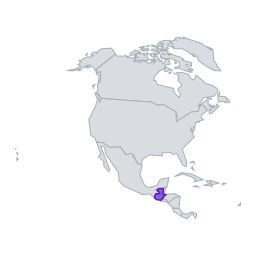 Guatemala highlighted on a map of North America
{"feature_id": "GTM", "entity_name": "Guatemala", "entity_type": "country or territory", "adm_level": 0, "iso_a3": "GTM", "parent_name": "North America", "parent_adm1": "", "projection": "orthographic", "projection_center": [-90.227, 15.776], "detail": "fine", "context": "in_parent", "style": "filled", "palette": "violet", "viewbox_px": 256, "rotation_deg": 0, "n_neighbors": 17, "source": "natural_earth", "source_scale": "50m", "svg_char_len": 9528}
<svg xmlns="http://www.w3.org/2000/svg" viewBox="0 0 256 256"><path d="M101.3,98.4L98.7,94.3L96.5,92.9L98.0,89.4L97.3,84.4L100.4,81.1L100.6,71.8L97.0,72.9L96.2,69.3L115.5,53.9L116.9,56.0L124.1,56.1L126.0,55.1L126.3,57.1L128.4,56.2L127.4,57.5L130.4,57.2L134.9,59.5L135.6,60.5L133.7,61.2L135.2,61.8L139.2,61.7L139.7,62.8L141.3,62.1L140.6,61.2L141.6,60.7L143.7,60.6L147.9,63.0L151.3,62.9L151.4,61.8L152.4,61.5L153.9,62.1L153.7,63.8L156.1,60.7L154.1,58.9L154.5,57.1L155.8,55.9L157.8,56.9L159.0,58.8L158.1,59.7L159.9,60.0L159.9,61.8L161.3,60.4L162.6,61.5L162.4,62.9L163.5,64.1L165.2,61.2L165.0,59.3L167.9,59.6L169.5,60.4L169.2,62.2L170.2,64.0L165.4,65.2L163.9,68.6L159.7,70.9L154.6,76.2L153.6,80.3L155.8,80.7L157.0,84.4L173.5,88.4L174.3,92.7L179.0,97.3L180.7,94.1L177.7,89.3L182.0,84.9L177.8,80.2L179.0,77.9L176.5,72.9L182.0,72.3L188.7,74.6L191.0,78.8L194.0,80.1L196.0,75.2L204.1,81.6L204.3,83.0L212.7,85.7L216.7,88.2L218.3,90.7L213.9,96.2L203.4,97.7L197.7,106.8L206.6,99.7L208.6,100.7L207.6,102.5L210.4,106.8L213.2,107.7L216.1,107.0L216.7,104.0L219.1,106.4L211.1,113.7L209.6,113.7L208.8,111.6L211.4,109.1L206.4,110.2L203.6,105.5L200.7,104.9L198.1,111.4L191.5,111.9L177.2,121.3L175.6,120.6L177.3,116.4L175.9,111.9L163.9,104.8L157.5,105.2L151.6,102.1L101.3,98.4ZM168.7,73.0L169.5,72.1L171.3,72.0L170.0,73.6L168.7,73.0ZM169.2,54.3L167.9,53.0L172.2,54.1L170.3,54.2L169.2,54.3ZM174.8,74.4L174.1,72.9L175.1,73.3L174.8,74.4ZM157.7,51.2L157.2,51.8L155.3,51.2L156.9,50.2L157.7,51.2ZM158.0,47.5L156.5,47.5L156.5,47.1L157.7,47.1L158.0,47.5ZM155.6,45.6L157.2,46.3L155.9,47.0L155.6,45.6ZM168.1,51.1L158.6,51.4L157.7,49.2L155.7,48.6L159.4,48.6L161.0,50.3L166.8,50.0L168.1,51.1ZM147.1,46.1L148.6,46.4L146.2,46.5L147.1,46.1ZM148.6,45.2L149.3,45.6L147.5,45.7L148.6,45.2ZM219.5,92.5L219.6,96.3L225.4,96.6L225.9,98.4L226.8,97.8L229.0,100.4L229.4,102.6L227.5,102.6L226.2,100.4L225.4,102.8L223.1,101.2L218.2,102.2L217.6,94.4L219.5,92.5ZM165.5,66.7L171.3,69.9L173.3,70.3L169.3,69.7L166.5,71.9L164.2,71.0L165.5,66.7ZM168.7,55.5L170.9,54.3L180.6,57.2L183.7,59.3L182.4,60.2L191.4,62.6L191.5,66.2L186.9,64.1L185.7,64.5L186.1,65.5L192.5,69.3L192.9,70.7L187.3,69.2L192.3,72.3L188.5,71.9L179.2,68.1L174.8,68.6L175.2,67.2L179.7,66.6L179.7,63.1L178.4,61.8L171.3,58.6L161.8,58.5L161.0,57.9L161.9,57.1L160.6,57.1L160.3,55.5L161.8,53.4L163.8,53.0L163.4,54.0L164.2,54.9L166.7,52.9L168.6,54.5L168.7,55.5ZM155.5,53.5L158.5,52.5L160.0,52.9L155.6,55.7L155.5,53.5ZM138.7,47.8L142.8,46.4L144.6,46.4L142.7,47.8L138.7,47.8ZM92.7,85.4L95.4,84.3L93.3,86.7L93.2,88.7L92.7,85.4ZM152.1,44.9L154.3,45.7L154.5,46.9L151.6,46.1L152.4,45.7L152.1,44.9ZM99.6,99.4L96.6,98.0L95.1,92.7L98.3,94.6L99.6,99.4ZM134.6,50.1L139.4,51.0L140.0,52.3L136.0,53.3L133.5,54.9L130.6,55.3L130.0,53.4L134.2,51.0L134.6,50.1ZM147.6,48.0L149.1,50.1L143.5,51.2L142.6,50.6L144.6,50.1L140.6,49.5L143.7,48.0L146.8,49.9L146.7,48.4L147.6,48.0ZM145.1,53.4L147.3,54.3L146.9,57.0L149.3,59.6L147.6,59.6L147.5,60.9L144.2,60.0L136.3,60.4L134.2,57.5L139.1,57.4L134.5,56.5L134.5,55.9L136.9,55.5L134.5,54.7L140.1,52.5L140.6,52.9L139.7,53.6L143.8,53.5L144.1,55.7L144.9,55.1L145.1,53.4ZM151.5,54.5L150.9,53.4L154.5,53.0L153.6,54.1L154.8,54.9L154.3,56.3L152.7,56.9L149.6,54.7L151.5,54.5ZM147.0,52.8L148.1,52.8L148.5,53.2L147.3,54.2L147.0,52.8ZM151.8,49.0L155.1,49.2L154.3,51.1L151.4,50.1L151.8,49.0ZM157.1,44.0L159.3,42.7L162.6,45.1L161.0,46.5L158.7,46.4L158.2,45.9L158.7,45.1L157.1,44.0ZM159.7,42.0L164.1,40.4L170.4,40.4L169.7,41.9L170.6,41.8L169.9,44.1L167.4,44.9L168.2,45.0L168.0,45.3L168.8,45.9L167.0,47.8L168.4,48.4L167.0,49.3L160.8,49.0L161.9,48.0L161.5,47.0L163.6,47.5L161.6,46.4L163.0,45.1L161.9,43.9L164.3,43.6L161.5,43.6L159.7,42.0ZM176.8,63.1L175.1,63.8L174.6,62.9L175.6,61.6L176.8,63.1ZM152.4,58.8L154.7,60.6L153.9,61.2L150.5,60.0L152.4,58.8ZM206.9,98.1L209.9,98.1L212.3,99.3L209.0,99.0L206.9,98.1ZM210.5,104.8L211.6,105.9L214.6,105.7L213.6,107.1L210.9,106.4L210.5,104.8Z" fill="#d9dde1" stroke="#a8b0b8" stroke-width="1"/><path d="M101.3,98.4L151.6,102.1L157.5,105.2L163.9,104.8L175.9,111.9L176.6,121.4L191.5,111.9L198.1,111.4L200.7,104.9L203.6,105.5L207.0,110.9L201.8,114.4L201.2,118.0L203.5,119.7L196.1,122.2L199.8,121.9L195.7,122.7L194.6,127.6L192.9,126.3L194.5,129.1L193.1,132.4L191.3,127.3L191.8,130.2L190.3,129.8L194.3,136.9L182.3,149.0L186.6,161.8L186.1,166.6L182.5,164.8L176.7,153.5L173.2,154.4L169.9,152.3L161.9,153.1L162.4,155.9L149.0,154.9L142.5,159.4L141.2,165.0L137.4,163.4L133.2,154.6L125.8,154.5L120.5,147.1L109.7,147.3L102.1,142.5L96.6,142.3L94.7,137.8L90.8,135.5L88.8,119.3L95.5,106.4L97.3,99.8L99.7,100.6L99.5,103.0L101.3,98.4ZM115.5,53.9L96.2,69.3L97.0,72.9L100.6,71.8L100.4,81.1L98.1,83.3L99.2,75.5L96.6,74.5L95.8,71.0L92.3,66.3L91.0,66.3L89.6,67.6L85.1,67.8L90.6,64.5L84.0,66.6L83.4,67.7L81.1,68.6L73.6,70.8L67.0,70.6L75.8,68.9L81.1,66.2L77.9,64.8L80.8,62.4L80.9,60.5L83.1,58.7L84.6,58.0L87.7,56.8L90.7,57.2L92.0,56.0L93.3,55.7L90.8,54.8L93.1,52.1L96.4,52.1L96.2,53.6L100.4,49.2L101.9,48.7L111.4,48.2L115.5,53.9ZM87.4,53.4L87.4,54.0L86.8,55.2L85.8,55.3L87.4,53.4ZM16.9,157.9L18.2,159.3L16.7,160.3L16.9,157.9ZM17.6,153.9L17.4,155.3L17.4,154.1L17.6,153.9ZM17.1,152.9L17.4,153.6L16.9,153.2L17.1,152.9ZM16.2,152.1L16.7,152.4L16.6,152.5L16.2,152.1ZM15.7,148.6L15.5,149.6L15.4,148.9L15.7,148.6ZM79.4,60.2L80.2,60.7L79.3,61.4L79.4,60.2ZM79.3,69.7L81.4,70.4L78.4,70.6L79.3,69.7Z" fill="#d9dde1" stroke="#a8b0b8" stroke-width="1"/><path d="M210.2,180.9L210.7,185.7L203.3,185.4L208.8,184.0L206.2,180.6L210.2,180.9Z" fill="#d9dde1" stroke="#a8b0b8" stroke-width="1"/><path d="M211.6,186.9L210.4,180.3L219.3,183.2L213.3,184.3L211.6,186.9Z" fill="#d9dde1" stroke="#a8b0b8" stroke-width="1"/><path d="M189.6,162.9L192.2,161.6L192.3,162.3L189.6,162.9ZM192.3,161.0L194.4,162.2L194.2,164.2L193.6,162.4L192.3,161.0ZM191.3,168.1L192.5,166.4L193.8,170.3L191.3,168.1Z" fill="#d9dde1" stroke="#a8b0b8" stroke-width="1"/><path d="M175.0,39.5L175.0,38.1L177.1,37.3L180.0,37.3L179.5,38.7L182.5,38.1L183.9,38.6L182.9,37.3L185.0,37.2L187.1,38.9L187.6,38.7L191.0,40.0L194.0,40.9L196.0,41.3L196.2,42.2L198.0,42.3L200.4,43.1L200.3,43.4L202.9,44.0L204.3,45.9L207.6,46.9L206.3,47.3L209.5,47.7L211.7,48.5L211.5,49.2L208.3,48.5L210.1,49.3L210.9,50.2L212.8,49.3L213.7,60.5L216.5,64.1L216.6,66.0L218.5,67.2L221.0,70.8L214.6,70.7L206.5,66.4L198.5,60.7L196.6,55.8L194.1,56.9L192.4,55.0L195.1,54.9L189.9,53.9L189.3,52.4L182.2,48.7L175.1,48.8L172.4,47.7L174.8,46.9L170.3,46.4L173.0,44.3L172.8,43.8L171.1,43.6L172.1,41.8L171.3,41.4L174.3,39.9L177.6,40.3L175.0,39.5Z" fill="#d9dde1" stroke="#a8b0b8" stroke-width="1"/><path d="M96.6,142.3L102.1,142.5L109.7,147.3L120.5,147.1L125.8,154.5L131.6,153.4L137.4,163.4L142.2,165.0L139.8,174.8L144.7,185.4L148.7,187.5L157.0,185.5L160.1,179.3L168.9,177.7L166.9,187.3L158.1,188.6L156.9,190.2L159.6,193.7L156.0,193.7L154.6,198.1L150.1,194.0L142.6,194.6L123.9,186.1L119.0,180.9L118.4,172.6L105.6,153.6L104.7,147.2L100.7,146.1L109.9,170.2L108.6,171.6L103.6,165.6L103.9,161.9L98.3,156.3L100.8,154.2L96.6,142.3Z" fill="#d9dde1" stroke="#a8b0b8" stroke-width="1"/><path d="M197.0,214.0L195.7,218.3L192.0,213.4L187.1,218.8L181.5,216.5L181.2,212.5L185.5,214.3L192.2,211.8L197.0,214.0Z" fill="#d9dde1" stroke="#a8b0b8" stroke-width="1"/><path d="M182.3,212.2L181.1,216.1L173.4,211.4L172.5,208.6L179.0,208.3L182.3,212.2Z" fill="#d9dde1" stroke="#a8b0b8" stroke-width="1"/><path d="M179.0,208.3L173.2,208.0L167.5,202.8L175.2,197.2L180.1,196.5L179.0,208.3Z" fill="#d9dde1" stroke="#a8b0b8" stroke-width="1"/><path d="M180.1,196.5L175.2,197.2L168.5,202.6L162.7,198.5L166.8,194.2L174.9,193.7L180.1,196.5Z" fill="#d9dde1" stroke="#a8b0b8" stroke-width="1"/><path d="M162.7,198.5L167.3,200.3L166.9,202.1L160.6,200.5L162.7,198.5Z" fill="#d9dde1" stroke="#a8b0b8" stroke-width="1"/><path d="M163.3,188.6L166.1,187.0L163.9,194.2L163.1,194.2L163.3,188.6Z" fill="#d9dde1" stroke="#a8b0b8" stroke-width="1"/><path d="M222.4,183.1L226.3,183.5L222.4,184.8L222.4,183.1Z" fill="#d9dde1" stroke="#a8b0b8" stroke-width="1"/><path d="M192.9,186.5L196.8,185.7L198.8,187.1L192.9,186.5Z" fill="#d9dde1" stroke="#a8b0b8" stroke-width="1"/><path d="M181.5,172.6L192.0,174.1L203.5,179.8L194.2,181.7L195.8,179.9L191.2,176.8L182.9,174.1L174.4,176.6L181.5,172.6Z" fill="#d9dde1" stroke="#a8b0b8" stroke-width="1"/><path d="M238.1,205.7L240.5,203.1L240.6,205.3L238.1,205.7Z" fill="#d9dde1" stroke="#a8b0b8" stroke-width="1"/><path d="M154.6,198.1L154.7,197.8L154.8,197.7L154.8,197.3L154.8,197.1L154.8,196.9L155.0,196.7L154.7,196.1L154.8,195.8L155.1,195.3L155.4,194.7L155.8,194.1L156.0,193.7L156.9,193.7L157.5,193.7L158.2,193.7L158.9,193.7L159.4,193.7L159.7,193.7L159.6,193.4L159.6,193.1L159.7,192.9L159.7,192.7L159.3,192.5L159.1,192.4L159.1,192.2L158.9,191.8L158.6,191.6L158.2,191.4L157.8,191.0L157.5,190.6L157.2,190.4L157.0,190.2L157.6,190.2L158.1,190.2L158.1,189.7L158.2,189.2L158.2,188.6L159.2,188.6L160.4,188.6L161.7,188.6L162.6,188.6L163.2,188.6L163.2,189.3L163.2,190.1L163.2,190.7L163.1,191.5L163.1,192.3L163.1,193.5L163.0,194.2L163.4,194.2L163.9,194.2L164.0,194.2L164.2,194.3L164.3,194.3L164.5,194.4L164.8,194.6L165.0,194.3L164.9,194.2L165.9,194.6L165.5,195.0L165.0,195.4L164.6,195.7L164.2,196.1L163.8,196.3L163.3,196.6L163.2,196.7L163.1,197.1L163.2,197.4L163.3,197.7L163.2,197.9L162.9,198.2L162.8,198.4L162.7,198.5L162.6,198.4L162.3,198.5L162.2,198.5L162.2,198.9L162.2,199.0L161.8,199.2L161.7,199.3L161.6,199.5L161.4,199.5L161.1,199.7L160.8,200.0L160.6,200.2L160.6,200.3L160.6,200.5L159.6,200.0L159.2,199.9L157.7,199.9L157.0,199.7L156.3,199.4L155.8,199.0L154.6,198.1Z" fill="#8b5cf6" stroke="#5b21b6" stroke-width="1.5"/></svg>